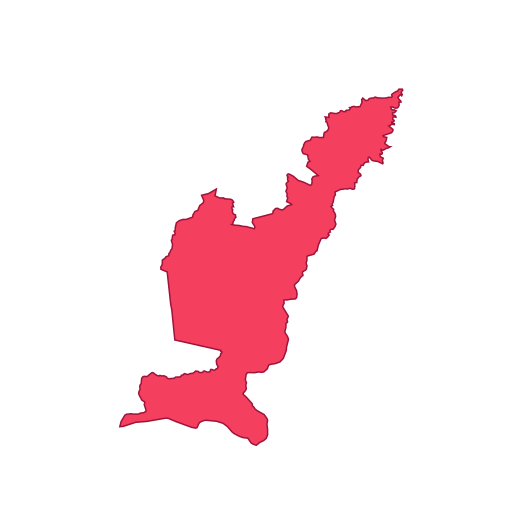 Tetu, Central, Kenya (Equal Earth projection), rotated 291°
{"feature_id": "3690345B96542987367119", "entity_name": "Tetu", "entity_type": "district", "adm_level": 2, "iso_a3": "KEN", "parent_name": "Kenya", "parent_adm1": "Central", "projection": "equal_earth", "projection_center": [36.862, -0.453], "detail": "fine", "context": "isolated", "style": "filled", "palette": "rose", "viewbox_px": 512, "rotation_deg": 291, "n_neighbors": 0, "source": "geoboundaries", "source_scale": "gbopen_adm2", "svg_char_len": 6118}
<svg xmlns="http://www.w3.org/2000/svg" viewBox="0 0 512 512"><g transform="rotate(291 256 256)"><path d="M47.8,190.0L49.3,193.0L57.7,203.4L62.3,213.1L72.5,230.2L73.0,232.6L72.7,240.7L73.0,257.5L73.7,261.4L74.7,262.5L79.3,262.7L80.9,263.4L83.4,265.9L84.8,268.3L85.2,269.8L87.6,278.5L88.0,285.2L86.5,290.6L83.3,296.4L82.4,299.0L81.7,305.0L81.8,308.9L83.0,313.6L79.8,318.3L79.3,320.6L79.4,324.1L83.4,326.4L86.3,329.2L89.4,330.9L93.3,330.9L98.4,328.9L103.1,326.4L106.6,325.8L108.2,324.5L110.9,320.4L112.0,312.6L112.8,310.0L114.2,308.1L114.7,306.5L116.5,305.6L117.1,304.7L120.8,297.4L122.2,293.7L123.6,293.2L125.8,294.2L128.5,294.6L131.8,292.7L134.2,292.6L136.4,290.5L141.4,289.3L143.7,289.6L144.4,290.6L146.6,296.7L148.7,300.0L149.6,303.4L150.8,305.0L154.7,307.0L158.6,306.9L160.3,308.8L162.6,312.8L165.8,316.4L170.1,318.2L178.7,318.1L182.2,317.1L189.9,316.2L192.1,314.3L194.6,310.8L195.9,310.0L199.8,309.6L204.0,308.1L205.1,309.0L206.1,309.0L207.6,307.7L211.4,307.8L218.0,299.3L219.1,298.9L221.9,299.2L224.9,297.8L225.6,298.8L225.8,300.2L228.4,304.4L230.0,308.1L231.7,308.8L235.1,308.0L238.2,306.3L240.8,303.4L242.4,302.4L243.3,302.4L247.7,304.6L251.3,305.1L253.6,306.0L254.3,306.7L255.1,306.7L256.8,305.3L258.1,305.3L260.7,307.4L261.8,307.7L265.3,307.1L266.4,305.9L268.2,305.1L269.9,305.2L273.4,303.9L274.4,304.0L278.5,309.5L282.0,310.3L282.7,311.1L288.8,310.3L295.7,310.6L297.3,313.2L297.4,314.9L298.7,315.8L301.8,316.8L302.0,315.8L302.6,315.4L303.3,315.4L305.0,316.8L305.6,316.0L306.6,315.9L307.8,316.5L308.5,318.4L311.5,319.2L314.4,319.2L317.8,316.4L321.2,316.2L323.0,315.4L324.8,313.6L325.5,312.3L327.5,311.7L327.7,310.5L329.1,308.2L330.6,309.4L331.4,308.6L332.4,308.5L333.5,308.8L339.4,307.7L341.6,308.2L344.0,306.8L348.7,311.3L349.0,312.4L350.6,314.9L351.3,317.4L353.0,319.6L352.8,322.0L353.7,323.6L354.5,323.9L355.5,323.3L356.5,323.4L359.6,321.8L360.7,323.8L363.8,322.9L367.3,324.0L368.1,325.0L369.0,325.1L370.0,324.0L370.7,321.6L371.8,320.9L373.5,320.8L376.2,321.9L378.2,321.6L378.9,322.5L379.0,323.6L381.6,323.8L383.1,325.1L384.2,327.4L386.7,325.7L388.5,325.6L388.8,326.6L387.0,329.8L386.8,330.8L387.9,336.0L387.5,341.2L388.4,341.3L390.6,339.7L392.9,339.8L393.3,336.5L395.3,335.1L395.8,335.7L396.0,336.8L396.7,337.2L397.7,337.0L399.5,334.7L400.5,334.6L400.0,335.8L400.6,337.1L403.1,339.0L404.5,341.0L406.1,342.2L405.7,341.1L407.1,336.1L407.9,335.6L409.7,336.2L413.6,335.6L413.1,332.2L414.0,331.5L419.6,338.3L421.5,338.9L423.2,338.6L425.0,333.3L426.5,334.9L427.5,335.2L428.2,338.0L429.1,337.8L428.9,335.3L429.6,334.7L431.0,336.5L432.1,336.4L432.5,334.8L434.2,334.1L435.2,334.3L435.7,336.9L436.6,336.3L436.9,335.0L436.7,333.0L438.5,332.2L439.5,333.9L441.8,334.9L442.0,332.6L441.4,331.4L441.4,330.0L443.2,328.4L444.0,329.6L443.9,333.0L444.8,334.8L446.1,335.5L448.0,335.6L450.9,334.3L451.6,336.2L452.5,335.8L453.6,333.2L455.0,331.6L458.6,333.1L457.8,334.6L459.0,334.7L460.5,333.2L461.6,332.9L463.3,333.6L464.2,332.9L463.0,329.6L460.5,329.0L459.9,327.9L456.1,325.1L455.2,324.8L453.7,326.0L452.7,325.7L451.8,323.1L449.9,320.4L447.8,314.9L447.1,312.1L447.2,310.8L446.7,309.8L445.7,309.2L444.8,307.1L443.4,305.2L441.7,304.8L440.4,302.8L441.7,299.1L439.8,298.6L437.5,299.9L432.8,299.6L430.9,295.8L430.9,294.1L429.8,292.1L429.0,291.9L428.1,290.2L427.5,291.2L425.7,290.7L424.5,288.2L423.8,287.7L423.0,288.0L422.2,285.9L422.4,283.7L421.9,282.8L420.1,282.6L417.6,279.8L416.4,274.3L414.6,273.1L411.5,274.3L410.6,270.7L409.7,271.8L408.8,271.9L408.3,272.8L406.4,273.0L406.4,274.2L405.7,274.9L404.8,275.3L401.8,278.0L400.1,278.1L398.0,277.5L397.3,276.8L396.5,276.7L396.1,275.7L395.1,275.5L390.9,276.5L389.4,273.1L389.0,270.2L388.0,268.5L387.0,265.6L383.5,265.2L380.9,261.6L379.3,260.9L376.6,260.7L375.5,261.1L371.8,260.7L370.0,261.7L368.5,263.4L368.9,267.9L364.9,270.4L363.8,272.5L362.3,270.9L357.9,271.1L356.8,275.3L353.4,285.4L351.6,282.2L350.2,280.8L347.8,280.5L346.2,281.5L343.2,282.3L341.4,281.6L342.0,273.8L341.7,268.2L343.8,262.4L344.4,257.8L344.2,256.6L343.2,256.0L342.2,256.1L340.9,257.8L340.2,257.4L338.1,258.5L337.5,259.5L334.6,258.2L333.8,258.4L330.7,260.8L327.2,260.7L325.0,263.0L323.0,263.3L321.6,264.8L317.7,265.1L317.4,269.4L316.8,270.9L313.9,267.2L309.4,265.0L308.4,263.9L308.0,261.2L308.3,259.0L307.3,257.2L304.0,255.8L303.1,256.4L301.3,256.1L289.6,239.7L285.9,240.6L283.3,244.1L282.7,244.6L280.9,244.7L279.9,236.0L279.1,233.6L278.4,229.0L277.2,225.3L276.7,222.1L277.7,222.8L280.4,222.4L281.7,222.9L282.9,222.5L285.1,223.4L285.7,222.6L287.0,222.2L287.2,219.6L288.9,218.0L290.8,217.7L291.5,216.6L292.8,216.1L293.7,216.2L293.9,217.4L297.0,215.0L298.1,216.0L299.0,215.1L299.9,213.3L299.9,212.0L298.1,205.9L298.7,205.1L297.1,201.2L297.5,196.2L304.3,195.0L297.3,189.3L293.2,183.4L289.3,187.2L287.0,187.8L282.9,185.4L277.7,185.3L275.7,183.0L271.9,182.4L269.6,182.9L265.2,177.8L263.9,174.6L262.9,173.3L261.3,171.5L258.4,169.8L253.4,170.5L250.8,171.5L249.8,170.7L248.1,172.4L246.6,172.6L246.0,171.0L245.0,170.8L241.5,171.7L240.4,171.3L236.8,174.0L232.7,174.9L230.7,174.3L228.4,174.4L227.2,173.8L225.0,174.4L223.0,172.2L221.1,171.7L218.6,170.0L214.6,171.5L211.5,171.1L209.5,172.0L209.3,178.8L180.5,193.6L175.5,196.7L148.5,210.3L155.3,256.9L154.5,257.1L154.3,258.4L153.3,258.8L152.5,258.1L149.6,258.5L145.8,256.5L143.8,256.5L140.9,258.1L138.9,260.4L136.8,260.1L136.4,259.3L134.6,258.4L134.2,257.4L134.3,255.4L133.7,254.3L131.7,254.6L130.6,253.2L130.1,252.0L130.2,249.1L129.7,248.2L128.6,248.0L127.7,247.1L127.3,245.8L127.0,244.6L127.6,243.5L126.9,240.8L125.1,240.0L123.6,238.7L122.8,236.8L121.1,235.1L120.7,234.0L120.7,231.6L120.0,230.9L118.5,230.3L117.9,229.0L116.7,229.1L115.9,228.5L114.1,224.3L112.5,223.4L110.0,218.1L110.2,216.7L111.0,215.9L111.2,213.8L111.0,212.4L110.2,211.1L110.1,209.0L109.3,208.5L109.0,207.1L109.3,204.5L110.2,202.0L110.0,201.1L109.5,200.4L104.5,197.6L103.6,194.8L102.9,193.7L100.8,193.1L95.7,194.5L93.9,194.0L92.7,194.2L89.6,195.7L88.2,195.3L85.8,195.6L84.3,196.8L80.6,201.0L79.8,204.5L77.1,205.0L72.4,208.8L71.7,208.9L69.5,207.4L67.8,204.2L66.3,203.0L64.4,198.0L64.0,196.0L61.8,191.7L61.0,191.1L60.3,190.6L53.2,189.4L47.8,190.0Z" fill="#f43f5e" stroke="#9f1239" stroke-width="1.5"/></g></svg>